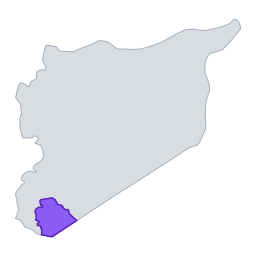 As Suwayda' highlighted on a map of Syria
{"feature_id": "SYR-143", "entity_name": "As Suwayda'", "entity_type": "Province", "adm_level": 1, "iso_a3": "SYR", "parent_name": "Syria", "parent_adm1": "", "projection": "orthographic", "projection_center": [36.682, 32.769], "detail": "fine", "context": "in_parent", "style": "filled", "palette": "violet", "viewbox_px": 256, "rotation_deg": 0, "n_neighbors": 0, "source": "natural_earth", "source_scale": "10m", "svg_char_len": 4205}
<svg xmlns="http://www.w3.org/2000/svg" viewBox="0 0 256 256"><path d="M20.2,82.8L22.8,83.1L28.3,86.5L29.2,86.4L30.9,82.0L32.5,80.5L36.0,79.2L36.9,72.1L38.5,70.7L40.4,70.0L43.4,69.8L45.9,69.4L46.1,68.1L42.5,59.9L42.9,57.8L44.6,49.5L45.7,46.2L46.7,45.2L50.7,45.6L56.4,47.0L57.9,49.4L60.7,51.5L64.8,51.4L69.6,51.7L73.4,51.9L76.3,50.3L83.1,47.5L86.4,46.5L89.4,45.3L99.1,40.6L103.0,40.9L105.7,41.4L107.7,42.1L112.4,45.2L116.2,48.2L118.9,49.1L123.7,49.0L130.6,49.4L139.1,49.2L144.0,48.1L150.3,46.4L161.5,42.4L176.0,34.1L184.5,30.0L188.2,29.4L193.1,29.2L198.0,29.9L203.5,30.4L206.1,30.2L212.0,29.2L219.7,27.3L224.5,25.7L230.2,23.3L233.7,19.6L234.8,19.2L236.4,19.8L237.1,20.0L238.7,21.9L240.6,26.9L240.6,27.5L240.4,29.0L236.8,33.4L232.0,39.4L228.4,43.3L222.4,49.7L217.8,51.2L209.9,53.8L207.9,56.0L206.0,59.6L205.1,64.3L204.9,67.3L204.9,72.8L207.1,78.5L209.1,83.9L209.5,87.5L209.5,91.1L208.0,95.0L206.3,100.4L205.5,106.4L205.4,117.5L205.8,127.0L205.7,128.5L202.7,135.4L199.1,143.3L197.3,145.2L188.8,147.9L179.5,154.0L169.2,160.7L159.8,166.9L149.8,173.2L139.5,179.9L132.1,184.6L122.1,190.8L113.0,196.8L103.8,202.8L96.7,207.4L86.0,214.5L79.7,218.7L70.4,224.9L62.2,230.3L52.4,236.6L40.2,234.7L36.3,233.6L33.2,230.6L30.9,229.0L25.1,227.3L21.4,221.6L19.2,219.6L15.4,218.7L17.0,215.0L17.4,212.6L19.0,209.7L18.0,207.8L17.6,203.7L16.8,202.7L16.6,201.6L17.2,200.3L16.9,199.0L16.3,198.4L16.0,196.4L15.5,194.9L15.8,193.1L16.6,191.9L17.5,189.6L18.5,188.9L20.2,187.5L20.6,186.0L22.1,184.5L24.0,183.4L24.5,182.4L24.2,181.8L22.2,180.8L21.2,178.9L22.2,176.1L22.8,175.2L24.0,173.9L26.6,171.9L28.6,171.6L30.4,171.6L33.4,171.7L35.7,172.1L36.3,171.6L36.2,170.9L33.3,169.2L33.2,167.9L33.9,166.5L35.9,164.2L38.3,162.6L39.6,162.3L42.3,159.0L44.1,155.3L41.3,146.3L39.5,144.8L36.8,143.6L35.1,143.4L35.0,142.8L37.2,140.5L38.8,138.5L37.0,136.6L34.0,135.7L32.8,137.7L28.8,137.9L22.7,137.8L20.1,128.3L19.7,124.1L19.8,119.4L21.7,112.4L20.9,109.2L20.8,107.0L20.4,104.0L15.6,97.5L18.3,85.7L20.2,82.8Z" fill="#d9dde1" stroke="#a8b0b8" stroke-width="1"/><path d="M76.7,220.6L73.9,222.4L67.7,226.4L63.8,229.0L58.3,232.6L52.5,236.6L52.0,236.8L51.5,236.8L49.2,236.2L48.4,236.2L47.8,236.5L46.5,235.5L41.5,234.9L41.5,234.7L41.7,233.4L41.6,231.3L41.6,231.1L41.9,230.3L41.9,230.1L41.9,229.7L41.8,229.4L41.4,228.8L41.0,228.2L40.8,228.0L40.8,227.9L40.8,227.7L41.0,227.3L41.2,227.0L41.3,226.9L41.2,226.7L40.8,226.0L40.2,226.1L39.9,226.0L39.8,225.9L39.7,225.7L39.4,225.5L38.6,225.6L38.0,225.6L37.4,225.5L37.4,225.3L37.4,225.1L37.4,224.9L37.6,224.6L37.6,224.4L37.4,223.8L37.3,223.6L37.4,223.4L37.5,223.3L38.0,223.1L38.4,222.8L38.5,222.7L38.8,222.5L38.9,222.4L39.0,222.3L39.1,222.2L39.2,221.9L39.2,221.7L38.9,221.4L38.5,221.0L38.2,220.9L37.3,220.8L37.2,220.7L36.6,220.5L36.3,220.5L36.1,220.4L35.9,220.2L35.8,219.9L35.7,219.6L35.7,219.4L35.8,219.1L35.8,218.9L36.2,218.5L36.0,215.7L36.0,215.0L36.0,214.9L36.1,214.7L36.0,214.3L35.3,212.7L35.2,212.3L35.1,212.0L35.1,211.7L35.2,211.4L35.5,210.8L35.5,210.7L35.5,210.4L35.4,210.4L35.3,210.2L35.3,209.9L35.4,209.7L35.5,209.6L36.1,209.2L36.5,208.9L37.0,208.4L38.1,207.6L38.4,207.4L38.7,207.3L40.2,207.3L42.3,207.4L42.5,207.4L42.6,207.2L42.4,206.6L42.3,206.4L42.2,205.3L42.2,205.2L42.0,204.9L41.9,204.9L41.7,204.9L41.6,205.0L41.0,205.2L40.9,205.2L40.7,205.1L40.6,204.9L40.5,204.1L40.5,203.9L40.4,203.6L40.2,203.1L40.1,202.8L40.0,202.5L40.0,202.4L40.0,202.2L40.1,201.7L40.0,201.3L40.0,201.2L40.0,200.8L40.1,200.6L40.2,200.4L40.4,200.2L40.6,200.0L41.2,199.5L41.3,199.5L41.6,199.5L42.6,199.6L42.8,199.5L43.5,199.2L52.6,197.9L53.0,198.3L53.4,198.7L53.7,198.9L54.8,199.5L55.3,200.0L55.4,200.3L55.5,200.4L55.6,201.0L57.0,202.5L57.1,202.8L57.2,203.2L57.3,203.6L57.3,203.9L57.4,204.0L57.5,204.1L58.2,204.7L58.3,204.7L59.0,204.8L61.5,205.3L61.7,205.5L61.8,205.6L62.0,205.7L62.4,205.9L62.5,206.0L62.7,206.3L62.7,206.5L62.7,206.9L62.7,207.0L62.8,207.2L62.9,207.3L63.0,207.4L63.0,207.5L63.2,207.8L63.3,207.8L63.4,208.0L63.5,208.1L63.7,208.5L65.5,209.6L65.9,209.8L66.0,209.8L66.2,209.7L66.3,209.6L66.5,209.5L67.6,209.5L68.1,209.7L68.4,210.0L68.5,210.2L68.6,210.3L68.7,210.5L68.8,210.9L68.9,212.9L69.0,213.0L69.1,213.3L74.0,218.2L75.8,219.4L76.1,219.8L76.7,220.6L76.7,220.6Z" fill="#8b5cf6" stroke="#5b21b6" stroke-width="1.5"/></svg>